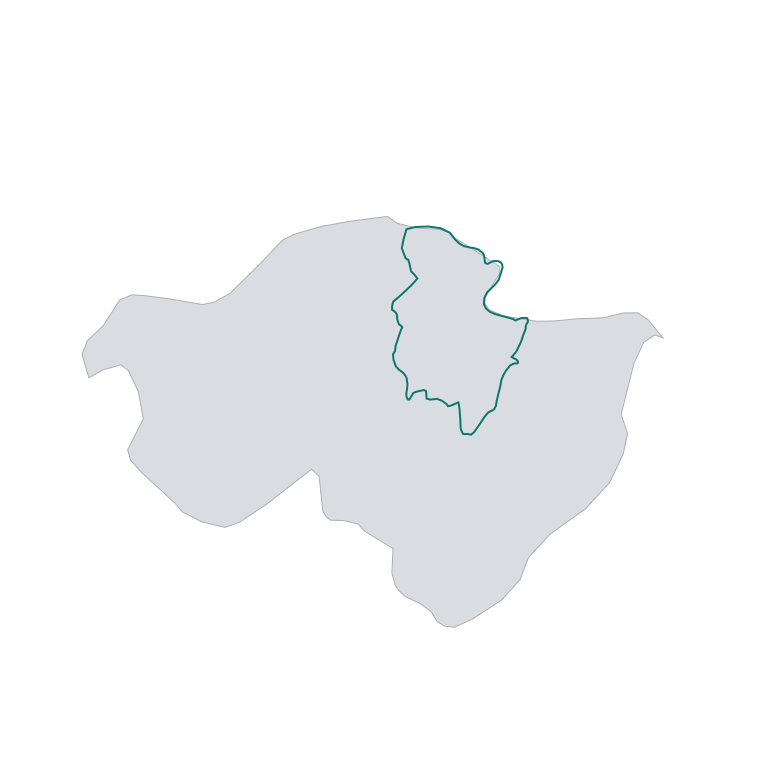 Rwanda, with Northern highlighted, rotated 48°
{"feature_id": "RWA-3494", "entity_name": "Northern", "entity_type": "Province", "adm_level": 1, "iso_a3": "RWA", "parent_name": "Rwanda", "parent_adm1": "", "projection": "natural_earth1", "projection_center": [29.92, -1.616], "detail": "fine", "context": "in_parent", "style": "outline", "palette": "teal", "viewbox_px": 768, "rotation_deg": 48, "n_neighbors": 0, "source": "natural_earth", "source_scale": "10m", "svg_char_len": 2963}
<svg xmlns="http://www.w3.org/2000/svg" viewBox="0 0 768 768"><g transform="rotate(48 384 384)"><path d="M315.2,233.7L323.0,233.5L374.1,219.4L379.2,223.8L387.4,251.3L391.8,255.2L398.9,256.2L413.2,249.9L439.6,228.5L451.0,215.4L464.6,197.1L481.8,176.4L491.5,158.4L500.9,147.8L513.2,144.7L526.9,145.5L536.4,145.8L528.6,150.1L526.9,163.3L535.9,184.5L565.3,228.1L583.9,236.2L596.1,253.2L608.1,281.8L611.6,317.6L606.7,360.6L609.6,392.7L620.4,413.7L623.2,440.9L618.1,474.4L611.9,494.4L604.5,501.0L596.2,503.5L584.9,501.3L571.1,504.1L556.1,510.4L546.7,511.3L540.8,510.1L529.8,504.7L512.3,487.4L479.7,497.0L470.9,496.8L458.9,505.0L449.2,515.1L443.3,515.8L437.3,514.4L409.2,494.0L398.9,494.7L394.7,552.0L390.0,583.8L384.2,598.0L364.2,611.8L343.9,619.5L332.9,619.0L288.4,623.3L271.0,623.3L261.4,618.6L248.9,586.2L225.3,571.7L202.7,564.9L193.5,566.8L185.3,583.8L181.9,599.1L160.0,588.6L153.4,575.7L152.8,553.9L144.8,524.1L149.2,511.4L157.8,503.1L176.0,487.4L203.7,465.5L209.7,455.1L213.6,437.7L211.8,397.4L209.2,363.3L212.4,351.1L225.1,324.8L242.0,297.8L261.8,269.3L273.7,266.5L289.4,255.7L305.9,239.7L315.2,233.7Z" fill="#d9dde1" stroke="#a8b0b8" stroke-width="1"/><path d="M395.9,257.7L400.9,257.1L406.1,254.8L422.2,244.5L424.7,243.9L426.8,237.9L429.9,234.2L431.1,233.5L432.1,234.1L432.8,234.3L434.1,235.5L434.9,238.3L436.2,240.4L437.8,241.8L440.7,247.6L443.4,252.2L445.5,256.7L447.5,261.8L448.5,264.4L449.1,268.6L449.3,271.1L451.4,270.4L454.2,269.3L456.6,269.3L457.9,270.1L457.8,271.3L455.9,273.3L454.6,277.9L455.6,284.0L457.4,289.6L459.8,294.5L462.9,298.2L467.2,304.7L471.8,311.3L475.2,315.6L476.5,319.2L475.8,322.4L474.8,325.4L475.7,331.2L478.1,340.6L480.0,349.0L480.0,353.2L478.7,354.1L476.7,355.7L475.0,357.8L474.0,358.6L472.3,358.3L468.4,356.8L461.0,350.7L453.2,344.7L449.3,342.1L447.4,341.1L446.2,344.7L444.6,349.3L443.3,351.3L441.1,350.9L435.2,352.1L430.4,354.6L429.1,356.6L426.6,360.0L423.4,362.1L420.5,359.9L417.4,357.5L415.1,358.4L413.3,361.7L411.3,365.4L410.3,368.2L411.6,372.4L412.5,375.7L411.6,376.5L411.0,376.7L410.4,376.3L408.5,375.8L406.2,374.0L403.9,371.2L402.0,369.0L400.5,367.3L398.7,365.9L396.9,364.8L395.2,363.5L392.4,362.5L388.2,362.3L383.5,363.3L378.9,363.4L372.5,360.8L368.0,357.5L366.8,353.6L363.5,350.0L360.7,345.0L357.5,339.5L355.1,335.1L354.2,332.6L352.4,332.3L349.5,332.9L345.0,331.0L341.1,328.0L338.5,327.5L335.8,327.9L334.4,328.4L331.8,326.2L328.9,322.0L329.2,316.1L329.2,308.1L328.9,296.9L327.9,288.6L323.3,288.2L318.5,288.5L314.1,286.0L310.3,283.9L309.0,283.4L308.0,282.8L306.5,283.5L304.5,283.6L300.1,281.9L295.0,279.9L289.2,272.1L285.0,265.4L284.0,263.7L288.5,255.4L296.7,245.6L306.1,237.7L315.5,233.9L325.0,234.5L330.0,234.0L334.4,232.7L339.2,229.5L342.9,226.4L346.9,224.0L352.6,222.9L355.5,223.6L360.5,227.1L362.1,227.8L364.1,226.5L365.5,221.1L367.7,218.1L369.9,216.5L371.9,215.8L374.0,216.2L376.6,217.7L383.3,228.9L384.4,234.7L384.9,246.0L387.2,251.8L391.3,256.2L395.9,257.7Z" fill="none" stroke="#0f766e" stroke-width="2"/></g></svg>